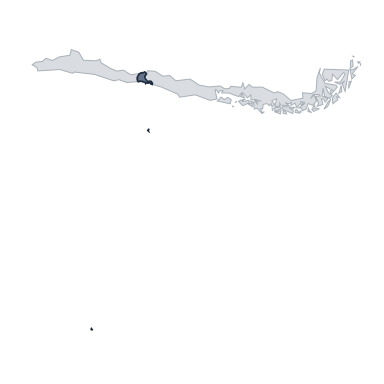 location of Valparaíso within Chile, rotated 272°
{"feature_id": "CHL-2699", "entity_name": "Valparaíso", "entity_type": "Region", "adm_level": 1, "iso_a3": "CHL", "parent_name": "Chile", "parent_adm1": "", "projection": "mercator", "projection_center": [-76.99, -30.119], "detail": "fine", "context": "in_parent", "style": "filled", "palette": "slate", "viewbox_px": 384, "rotation_deg": 272, "n_neighbors": 0, "source": "natural_earth", "source_scale": "10m", "svg_char_len": 6203}
<svg xmlns="http://www.w3.org/2000/svg" viewBox="0 0 384 384"><g transform="rotate(272 192 192)"><path d="M307.6,33.7L310.9,32.7L313.6,27.9L316.4,31.6L317.2,38.0L320.5,41.2L318.6,48.1L322.3,54.4L324.4,65.2L330.1,66.4L327.8,73.9L319.9,79.0L319.7,91.6L321.5,95.3L318.0,96.6L312.7,106.0L310.2,112.8L311.4,119.3L307.0,126.7L309.8,142.7L311.6,143.4L311.4,150.8L306.7,159.0L307.7,165.6L302.6,172.0L304.8,186.1L299.1,195.4L297.6,205.3L298.9,216.4L296.3,221.1L296.6,225.5L298.9,227.0L298.4,237.5L302.8,239.1L296.8,241.1L301.5,245.3L298.9,248.6L299.2,258.8L293.8,270.7L295.3,274.1L293.2,279.8L286.9,287.7L289.6,299.6L295.0,299.0L294.6,308.0L297.4,312.5L310.7,313.0L320.5,316.0L315.4,315.1L305.2,321.2L303.8,332.3L301.9,333.5L294.5,327.5L297.6,326.3L298.6,329.0L302.3,321.6L295.4,325.1L293.6,328.8L290.3,326.4L292.4,321.1L300.5,319.4L292.5,318.6L289.8,324.5L286.4,321.9L289.1,320.5L289.8,318.1L284.0,319.8L282.1,314.1L285.2,315.4L292.0,312.3L292.5,316.7L293.8,315.6L293.7,309.8L289.5,307.1L293.3,310.7L287.2,313.3L282.8,309.5L284.5,305.1L278.7,303.0L276.9,299.0L279.6,298.8L279.8,295.7L283.2,300.4L285.3,301.7L286.3,297.0L284.2,300.5L282.8,298.2L284.4,297.2L279.9,294.0L284.3,291.9L282.2,287.9L285.1,288.0L283.5,286.2L284.5,282.0L281.7,285.9L281.8,277.8L284.0,276.6L280.9,276.5L280.2,271.9L288.1,273.3L285.9,268.5L282.6,271.6L279.8,269.0L283.2,267.9L280.9,266.3L283.0,263.9L282.0,260.1L277.5,259.7L277.6,257.5L273.9,259.2L274.7,261.5L272.8,259.3L278.0,254.1L277.1,251.4L283.0,250.4L284.4,247.0L283.9,253.1L281.5,254.6L284.3,254.0L285.8,250.8L285.1,258.0L286.8,251.6L285.8,247.7L291.1,247.4L288.0,244.1L292.8,239.4L292.9,238.0L288.9,235.5L292.2,225.2L292.1,218.3L294.5,219.4L293.9,215.8L291.8,215.2L294.9,212.9L295.1,211.5L285.8,213.7L284.2,207.0L289.2,191.9L286.3,176.1L289.2,174.7L295.8,157.8L300.8,138.5L299.2,122.8L301.7,115.3L300.4,109.8L306.1,90.6L307.8,70.5L306.5,68.3L309.8,55.7L307.6,33.7ZM319.4,319.9L319.3,344.4L297.9,341.5L305.2,338.4L308.4,340.7L304.7,336.0L306.9,330.6L306.9,336.3L315.3,341.0L316.7,339.3L309.4,333.5L314.6,328.3L308.2,327.8L307.5,324.6L309.5,323.1L307.9,321.0L314.3,318.1L319.4,319.9ZM285.6,228.0L281.5,227.0L283.8,214.2L287.9,217.7L285.5,221.2L287.8,224.3L285.6,228.0ZM280.5,279.5L280.2,292.0L278.3,289.2L279.3,286.1L277.1,290.5L273.9,289.8L278.2,279.2L280.5,279.5ZM310.5,347.8L320.5,345.6L319.5,347.9L323.2,353.5L315.7,348.1L314.3,351.2L310.5,347.8ZM285.8,237.6L284.1,239.4L285.7,245.7L283.4,246.2L280.0,239.9L284.1,235.3L285.8,237.6ZM291.2,329.0L295.9,332.6L291.5,336.2L292.2,333.2L289.3,334.6L285.1,329.7L291.2,329.0ZM295.9,335.3L303.8,337.5L297.6,338.1L295.9,335.3ZM329.6,347.9L323.1,348.6L321.6,345.9L328.5,345.8L329.6,347.9ZM280.3,277.7L278.0,278.1L275.9,272.2L278.6,270.4L280.3,277.7ZM276.4,278.1L273.2,277.7L274.9,272.1L276.4,278.1ZM292.1,238.6L288.0,241.1L288.9,237.2L292.1,238.6ZM278.7,308.9L280.5,312.5L279.5,315.9L276.8,310.6L278.7,308.9ZM279.4,321.0L286.3,324.5L289.8,327.6L282.3,324.6L279.4,321.0ZM282.6,248.9L279.5,249.4L282.0,244.8L282.6,248.9ZM300.9,344.8L307.7,345.1L308.4,347.4L300.9,344.8ZM276.8,280.2L274.9,283.4L273.3,283.8L273.7,280.4L276.8,280.2ZM278.3,293.1L275.8,295.8L274.5,295.5L275.3,292.1L278.3,293.1ZM280.4,305.2L277.2,306.5L275.6,308.9L276.5,305.2L280.4,305.2ZM275.6,298.1L274.7,296.9L276.7,297.2L275.6,298.1ZM286.5,241.5L285.3,240.0L285.5,239.1L286.4,239.6L286.5,241.5ZM283.2,311.5L281.8,311.8L280.9,310.0L283.2,311.5ZM278.0,269.5L275.8,269.6L278.0,269.2L278.0,269.5ZM327.7,352.9L328.0,355.2L326.4,354.3L327.7,352.9ZM283.2,232.3L284.4,233.3L283.1,232.8L283.2,232.3ZM326.7,355.8L324.7,356.1L324.6,355.9L326.7,355.8ZM333.3,348.0L333.1,349.2L332.5,348.8L333.3,348.0ZM252.0,145.7L251.3,146.4L251.2,146.3L252.0,145.7ZM279.2,229.7L278.7,230.5L278.5,230.0L279.2,229.7Z" fill="#d9dde1" stroke="#a8b0b8" stroke-width="1"/><path d="M308.7,135.8L308.8,135.9L308.8,136.5L309.2,136.9L309.3,136.9L309.3,137.1L309.4,137.3L309.4,137.5L309.5,137.8L309.4,137.8L309.2,137.8L309.2,138.1L309.4,139.1L309.5,139.3L309.8,139.7L310.0,140.0L310.3,140.1L310.4,140.3L310.3,140.5L310.2,140.6L310.2,140.9L310.1,141.1L309.8,141.2L309.7,141.3L309.7,141.5L309.4,141.6L308.8,142.1L308.4,142.5L308.2,142.5L308.1,142.2L307.8,142.0L307.7,141.8L307.3,141.7L307.2,141.7L306.3,140.9L306.1,141.1L305.9,141.2L305.5,140.8L305.1,140.8L304.6,141.0L304.4,141.0L304.2,141.1L303.5,141.5L303.4,141.6L300.9,143.8L300.8,144.2L300.8,144.5L301.4,145.2L301.4,145.6L301.4,146.1L301.4,146.3L301.2,146.6L301.0,146.9L301.1,147.0L301.2,147.3L301.1,147.5L300.7,147.6L300.4,147.7L300.0,148.2L300.0,148.3L299.9,148.3L299.1,148.8L299.0,148.7L298.9,148.7L298.7,148.5L298.4,148.5L298.1,148.5L298.2,148.3L298.3,147.6L298.4,147.3L298.5,147.3L298.5,147.2L298.9,147.1L299.0,147.0L299.2,146.9L299.3,146.8L299.4,146.6L299.5,146.3L299.6,146.1L299.6,145.7L299.7,145.4L299.6,145.1L299.2,144.5L299.2,144.2L299.3,144.0L299.4,143.9L299.4,143.7L299.3,143.4L299.2,143.2L299.1,142.4L298.9,142.0L298.8,141.9L299.3,141.8L299.3,141.7L299.4,141.4L299.5,141.3L299.9,141.3L300.0,141.3L300.0,141.2L300.2,140.8L300.2,140.7L300.3,140.4L300.4,140.1L300.3,139.8L300.2,139.6L300.2,139.4L300.3,139.3L300.5,139.3L300.6,139.1L300.5,138.9L300.8,138.8L300.8,138.7L300.9,138.3L300.9,138.0L300.8,137.8L300.7,137.5L300.7,137.3L300.8,137.2L301.0,136.6L301.1,136.4L301.1,136.2L300.9,136.0L300.8,135.9L300.7,135.9L300.7,135.5L300.6,135.4L300.4,135.2L300.2,134.9L300.3,134.8L300.8,133.9L300.9,133.7L301.0,133.6L301.2,133.8L301.6,133.9L302.3,133.5L302.5,133.4L302.9,133.2L303.5,133.6L303.8,133.5L303.9,133.2L304.1,133.1L304.9,133.5L305.0,133.4L305.3,133.4L305.5,133.5L305.8,133.7L306.2,134.0L306.4,134.2L306.9,134.3L307.0,134.4L307.1,134.5L307.3,134.8L307.5,135.0L307.9,135.0L308.2,135.0L308.2,135.3L308.3,135.5L308.5,135.6L308.7,135.8ZM52.2,96.2L52.3,96.3L52.2,96.4L51.9,96.5L51.7,96.6L51.4,96.7L51.3,96.8L51.2,96.8L50.9,96.9L50.9,97.0L50.7,96.9L50.8,96.8L50.9,96.2L51.0,96.1L51.2,95.9L51.3,95.9L51.7,96.1L51.9,96.2L52.0,96.2L52.2,96.2ZM252.6,145.9L252.6,146.0L252.8,146.2L252.7,146.2L252.5,146.3L252.4,146.2L252.4,146.3L252.2,146.1L251.9,146.1L251.7,146.2L251.5,146.3L251.4,146.3L251.2,146.4L251.4,146.1L251.5,146.0L251.7,145.9L251.8,145.9L251.9,145.7L252.0,145.7L252.3,145.8L252.6,145.9Z" fill="#64748b" stroke="#1e293b" stroke-width="1.5"/></g></svg>